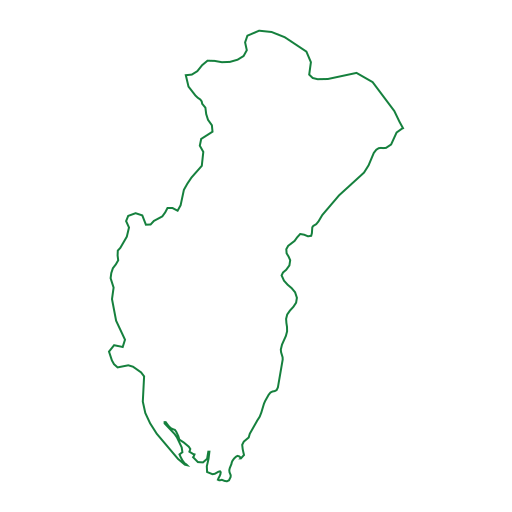 SVG path tracing the border of Cross River
{"feature_id": "NGA-2847", "entity_name": "Cross River", "entity_type": "State", "adm_level": 1, "iso_a3": "NGA", "parent_name": "Nigeria", "parent_adm1": "", "projection": "robinson", "projection_center": [8.541, 5.798], "detail": "fine", "context": "isolated", "style": "outline", "palette": "green", "viewbox_px": 512, "rotation_deg": 0, "n_neighbors": 0, "source": "natural_earth", "source_scale": "10m", "svg_char_len": 2859}
<svg xmlns="http://www.w3.org/2000/svg" viewBox="0 0 512 512"><path d="M403.0,128.2L401.9,128.7L396.6,132.5L391.1,144.5L386.0,147.9L383.2,148.1L380.9,147.9L378.7,148.2L376.3,149.7L373.8,152.9L368.6,165.3L364.0,172.6L339.1,195.3L322.3,215.0L318.5,221.4L316.2,224.2L313.3,225.9L312.3,227.3L311.9,233.1L311.2,235.8L308.0,236.3L304.1,234.7L300.2,234.0L297.1,237.4L294.6,240.9L288.2,245.8L286.3,249.2L286.6,253.3L288.6,256.6L290.2,260.2L289.4,265.4L286.2,269.8L283.0,272.5L281.6,275.4L284.0,280.7L287.6,284.7L291.7,288.2L295.1,292.3L296.9,297.8L296.1,302.7L293.4,306.8L290.0,310.5L287.2,314.5L286.1,318.9L286.4,323.0L287.0,326.9L287.1,331.3L285.9,335.9L282.0,344.6L280.8,349.6L281.1,352.3L282.6,357.3L282.7,359.5L277.9,387.4L276.6,390.1L274.7,391.1L272.5,391.5L270.5,392.5L268.7,394.7L265.2,400.9L264.0,403.6L261.3,412.6L259.7,416.7L257.0,420.9L257.0,421.0L249.8,433.7L248.7,437.5L243.8,441.6L242.2,444.8L242.7,449.2L243.3,452.0L244.0,455.0L240.9,458.4L240.7,458.4L240.8,458.3L240.4,457.4L239.2,456.4L237.5,455.9L236.0,456.7L234.1,458.5L232.5,460.7L231.8,462.3L231.4,464.1L229.8,468.0L229.3,470.1L229.5,472.2L230.7,475.2L230.6,477.0L229.0,480.3L226.9,481.3L224.5,480.9L221.8,479.8L221.0,480.1L219.2,480.3L217.9,479.7L218.7,477.8L219.5,476.4L220.4,474.2L220.7,472.2L220.0,471.3L218.3,471.8L214.8,473.8L212.5,474.2L207.1,472.0L206.8,466.3L208.5,459.0L209.4,451.7L208.3,451.7L207.1,458.8L203.0,462.4L197.9,462.1L193.1,457.2L193.7,456.4L194.5,454.4L193.1,454.0L189.4,451.7L190.3,449.0L188.8,446.7L183.8,442.5L179.5,439.7L179.3,439.5L178.3,436.1L176.2,431.7L174.9,429.9L172.7,429.1L170.7,428.1L168.5,425.9L166.7,423.5L165.7,422.1L164.6,422.1L164.6,423.4L174.6,434.0L177.0,437.5L181.7,447.4L182.4,452.2L179.5,454.4L180.7,457.2L182.5,460.5L184.6,463.3L186.3,464.4L187.1,465.2L184.9,464.7L178.0,458.9L156.7,433.7L150.1,423.3L145.3,413.0L142.8,401.6L144.1,376.4L141.1,372.4L133.0,366.7L128.3,365.3L117.6,367.4L114.0,364.2L111.9,360.4L109.0,351.6L114.1,345.2L122.7,347.0L125.0,339.7L116.1,320.7L112.0,299.1L113.6,287.6L110.6,278.2L111.3,273.0L112.9,268.2L115.9,264.3L118.2,260.3L117.6,255.5L117.8,250.6L120.3,247.9L126.8,236.7L129.0,227.5L126.1,221.1L128.2,215.9L135.6,213.2L142.3,215.4L145.9,224.7L150.6,224.5L153.9,220.9L162.3,216.4L165.2,212.4L167.5,208.0L172.4,208.0L177.6,210.7L180.6,205.3L183.9,189.8L187.4,183.6L191.5,177.5L201.8,165.8L203.3,151.9L199.8,145.7L201.2,138.9L212.5,131.7L211.9,125.3L208.0,119.8L206.2,114.1L205.4,107.7L202.2,103.8L201.7,101.4L200.3,99.5L197.7,97.7L195.4,95.5L188.5,86.6L185.8,75.2L191.8,74.6L197.3,71.2L202.1,65.2L207.5,60.7L214.6,60.9L221.9,62.2L229.9,61.9L237.6,59.7L243.6,56.0L246.8,50.2L245.1,42.4L247.4,35.7L259.1,30.7L271.6,32.0L284.7,37.2L306.4,51.6L310.9,62.2L309.2,74.6L312.7,78.0L317.6,79.2L327.9,79.0L356.5,72.9L372.6,82.1L394.3,111.0L399.4,121.6L403.0,128.2L403.0,128.2Z" fill="none" stroke="#15803d" stroke-width="2"/></svg>